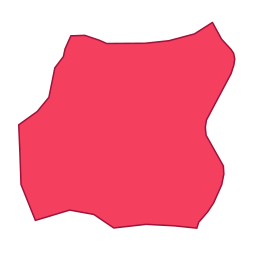 map outline of Dún Laoghaire–Rathdown (Mercator projection), rotated 268°
{"feature_id": "IRL-5576", "entity_name": "Dún Laoghaire–Rathdown", "entity_type": "County", "adm_level": 1, "iso_a3": "IRL", "parent_name": "Ireland", "parent_adm1": "", "projection": "mercator", "projection_center": [-6.178, 53.255], "detail": "fine", "context": "isolated", "style": "filled", "palette": "rose", "viewbox_px": 256, "rotation_deg": 268, "n_neighbors": 0, "source": "natural_earth", "source_scale": "10m", "svg_char_len": 623}
<svg xmlns="http://www.w3.org/2000/svg" viewBox="0 0 256 256"><g transform="rotate(268 128 128)"><path d="M135.0,18.9L147.7,37.9L161.4,50.0L190.7,57.0L201.6,65.9L209.4,67.9L222.1,74.1L222.1,88.0L216.7,102.4L213.2,109.6L212.1,148.0L213.8,171.9L219.7,197.6L230.5,216.0L230.3,216.2L213.5,224.6L202.8,233.8L198.8,236.2L193.2,237.1L187.3,236.0L178.7,232.9L133.3,206.7L126.2,205.3L118.0,205.8L86.7,222.0L78.6,222.2L68.1,219.7L50.2,211.0L41.5,204.8L31.4,195.4L25.5,193.3L28.6,171.1L31.1,142.9L28.6,110.3L42.8,90.8L48.0,66.9L38.9,32.2L75.3,19.1L106.4,19.1L135.0,18.9Z" fill="#f43f5e" stroke="#9f1239" stroke-width="1.5"/></g></svg>